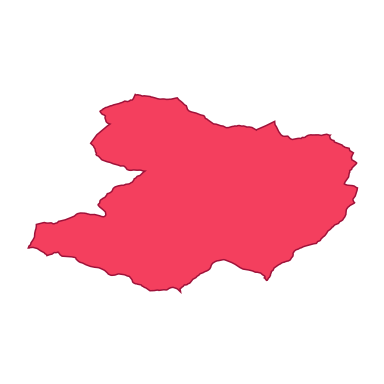 Bunesti, Brasov, Romania, rotated 178°
{"feature_id": "2599482B80312338976993", "entity_name": "Bunesti", "entity_type": "district", "adm_level": 2, "iso_a3": "ROU", "parent_name": "Romania", "parent_adm1": "Brasov", "projection": "robinson", "projection_center": [25.052, 46.093], "detail": "fine", "context": "isolated", "style": "filled", "palette": "rose", "viewbox_px": 384, "rotation_deg": 178, "n_neighbors": 0, "source": "geoboundaries", "source_scale": "gbopen_adm2", "svg_char_len": 5987}
<svg xmlns="http://www.w3.org/2000/svg" viewBox="0 0 384 384"><g transform="rotate(178 192 192)"><path d="M291.6,244.2L288.7,241.2L288.4,240.1L287.4,238.6L287.0,235.6L286.1,234.2L286.6,232.9L286.4,232.5L285.8,231.8L284.7,231.4L283.9,230.7L282.2,228.8L281.4,227.7L280.7,227.2L275.8,225.2L272.8,224.4L269.8,223.0L264.6,221.4L262.6,220.5L260.0,220.5L259.3,220.4L257.6,219.0L256.1,216.8L253.9,215.9L251.9,215.8L249.6,216.1L246.2,215.7L243.2,215.7L242.2,215.5L239.7,214.6L238.4,214.5L240.1,213.3L243.4,210.3L245.2,209.9L246.3,209.5L247.6,208.0L249.4,207.1L249.6,206.2L251.0,204.3L251.4,203.9L252.5,203.5L253.4,202.8L255.0,202.2L258.0,202.0L259.0,201.5L260.3,201.1L262.2,201.2L265.4,200.7L268.2,199.9L269.1,199.5L270.6,198.3L271.7,196.0L272.3,195.3L273.6,194.3L275.2,193.6L276.7,193.3L277.4,191.9L279.2,189.7L281.4,188.7L282.0,188.2L283.1,187.6L284.1,186.7L284.8,184.0L286.2,182.9L286.3,182.3L285.7,181.4L284.6,180.1L281.4,177.3L279.3,175.2L278.9,172.6L279.2,171.5L279.9,170.9L280.8,170.4L281.6,170.3L283.7,170.8L284.9,171.4L290.1,172.9L294.6,173.0L296.3,173.6L297.1,173.7L298.2,174.2L300.3,174.6L304.2,174.9L306.9,174.4L307.7,174.1L308.5,173.6L310.4,172.0L313.8,170.7L319.7,168.6L325.2,167.5L326.2,167.4L328.0,165.8L329.3,165.6L331.1,165.0L332.2,165.2L333.3,165.9L333.9,166.1L337.2,165.9L339.3,166.2L340.2,166.6L341.2,166.6L348.7,165.0L348.8,163.0L349.2,160.8L349.8,159.3L350.6,156.2L351.0,152.4L352.7,149.5L354.7,146.8L355.0,145.5L355.2,145.1L355.6,144.6L356.9,143.6L357.3,142.3L357.6,141.8L356.8,141.7L355.6,142.1L352.8,142.2L348.6,140.9L345.3,138.5L341.7,136.4L341.3,135.6L340.6,135.3L339.4,134.2L339.2,133.5L336.3,134.4L334.1,134.8L331.8,136.3L330.3,136.1L328.7,136.3L328.2,136.6L327.8,136.5L326.4,134.6L326.0,133.9L324.1,132.4L314.4,131.4L311.1,130.6L310.5,130.2L310.1,128.9L309.7,128.5L307.8,126.6L306.2,125.6L303.9,124.9L300.5,123.0L296.1,121.2L291.9,120.2L289.0,119.8L287.5,119.5L284.2,117.9L282.4,116.9L281.7,116.4L279.3,114.0L278.5,112.9L276.1,111.7L275.0,111.5L271.9,111.7L268.9,112.6L268.0,112.7L262.5,111.7L261.4,111.3L259.7,110.4L257.5,109.8L255.0,106.4L254.4,104.1L253.5,103.2L251.8,102.3L250.4,102.1L249.4,101.7L246.4,101.0L246.0,100.9L245.0,99.6L244.2,99.4L243.0,98.4L241.3,97.7L237.5,94.8L233.2,94.8L230.3,95.2L229.1,95.1L228.6,94.8L223.5,95.3L221.1,95.0L220.0,95.3L218.3,96.5L217.7,96.6L216.7,97.1L214.3,97.4L210.8,96.1L209.6,95.3L206.9,92.5L207.1,94.1L207.3,94.8L207.2,95.9L206.1,96.5L205.2,97.4L204.1,98.0L202.9,99.4L202.5,99.5L201.6,99.3L201.0,99.5L200.4,99.5L199.2,100.4L197.7,100.9L197.2,101.4L196.8,101.5L196.4,102.2L195.4,103.3L194.3,104.7L191.1,106.3L189.8,107.7L188.1,108.6L187.2,109.6L186.7,110.0L183.5,111.1L182.1,111.9L180.0,112.6L178.4,113.4L176.9,114.6L175.9,116.3L175.4,117.9L175.0,118.6L174.3,119.6L173.4,120.4L171.3,121.6L169.5,122.3L167.6,122.5L163.2,123.3L162.0,123.2L160.9,122.8L154.9,120.2L151.5,118.3L146.5,114.7L143.7,113.2L138.1,112.1L134.2,111.0L131.6,109.7L129.4,109.5L126.2,108.6L124.3,106.8L122.4,105.5L122.1,105.1L122.1,104.4L122.8,103.8L122.8,103.6L122.2,103.5L121.9,103.2L121.9,102.8L121.8,102.7L121.1,101.8L120.7,101.1L119.9,101.2L119.1,102.3L118.7,103.2L117.6,104.1L116.8,105.5L116.4,106.3L116.4,107.2L115.6,108.7L115.5,109.7L113.6,111.1L113.3,111.9L112.6,113.2L107.9,116.3L106.3,117.0L104.6,118.1L102.8,118.6L102.3,118.6L101.8,118.9L99.3,119.6L98.2,119.7L96.2,120.7L94.9,122.7L93.5,124.2L93.1,125.7L93.2,127.0L92.9,127.7L92.4,128.3L92.1,129.0L90.7,130.2L90.0,130.6L87.6,131.3L86.2,132.1L84.6,132.5L83.0,133.3L81.1,133.9L72.2,136.0L69.5,136.3L68.1,138.1L66.3,138.7L65.5,139.1L64.5,140.8L62.8,142.2L62.2,142.9L61.3,143.3L60.4,144.2L58.9,146.1L57.8,147.9L57.2,148.5L55.3,149.7L53.4,151.5L53.3,151.9L52.0,152.5L51.4,153.4L50.4,154.2L46.7,155.5L45.5,157.1L44.0,157.8L42.4,158.8L41.4,160.3L40.3,161.6L39.0,164.2L38.9,165.4L38.4,168.9L37.9,169.8L36.5,171.5L35.2,172.4L34.8,172.9L30.4,175.1L29.9,175.6L30.8,176.7L31.4,178.4L31.4,179.1L31.2,179.5L29.0,182.3L27.0,187.9L26.5,190.3L27.7,190.8L29.7,192.3L31.5,192.8L36.4,193.4L37.9,193.9L39.5,194.8L39.0,196.1L38.2,197.3L35.0,201.5L34.2,205.4L33.6,206.4L33.7,207.7L33.2,208.3L32.5,208.5L31.8,209.0L31.4,209.6L31.4,210.1L31.2,210.5L27.0,214.3L26.4,215.2L26.7,215.6L28.2,216.8L31.1,218.6L31.5,220.9L31.4,221.6L31.1,221.7L31.0,222.4L29.3,225.5L32.9,227.9L33.4,230.2L37.8,231.4L38.1,231.8L39.6,232.7L40.0,233.4L40.6,233.8L47.9,237.0L48.2,237.5L48.2,238.2L48.4,238.5L49.8,238.8L51.9,240.3L52.1,241.4L52.5,242.4L52.2,243.7L52.0,243.9L52.6,243.9L55.3,245.0L58.2,244.6L60.7,244.0L63.7,244.7L70.1,244.8L71.1,245.0L73.5,244.7L74.7,244.3L76.6,243.2L77.0,242.7L78.7,242.5L79.1,242.7L79.9,242.7L81.0,241.7L82.6,241.9L84.1,241.9L88.6,241.2L89.4,241.0L90.0,241.0L91.0,241.4L91.9,241.9L92.8,242.8L94.2,244.4L94.7,244.5L97.4,244.4L99.0,244.6L100.0,245.2L101.2,246.2L103.2,249.3L105.3,254.1L106.7,256.4L106.9,258.8L106.9,259.7L115.8,255.7L125.0,252.1L125.4,251.6L129.8,254.4L132.6,255.0L135.1,255.0L135.9,255.5L138.1,256.2L140.0,256.1L142.4,256.8L143.6,256.8L145.1,256.3L146.9,256.5L148.1,256.2L149.5,256.1L153.3,255.1L155.6,255.1L158.6,256.8L160.9,257.2L165.3,258.9L168.1,259.3L173.6,263.5L174.3,264.2L176.1,265.1L176.8,267.0L177.6,267.9L180.8,268.8L185.1,270.7L189.7,272.0L192.0,273.0L193.7,274.7L193.9,275.8L194.7,278.4L196.0,279.1L197.4,280.4L197.9,281.1L199.6,282.7L201.9,284.6L203.4,286.6L205.0,286.4L209.7,285.5L211.5,285.5L212.6,285.4L214.8,285.5L215.9,285.8L217.7,286.0L220.7,285.9L223.0,286.4L225.8,287.4L228.8,288.3L229.3,288.2L230.4,288.9L236.5,289.8L238.3,289.6L240.6,290.6L241.6,290.7L242.7,291.1L244.3,290.9L245.3,291.5L246.5,289.1L246.8,288.4L247.7,286.9L248.8,285.9L250.4,286.0L251.1,285.3L253.1,284.6L256.0,285.2L258.8,283.9L260.8,283.4L261.6,283.0L267.4,281.8L269.4,281.0L269.7,281.1L270.6,280.9L274.1,279.6L275.5,279.4L277.1,278.4L277.8,278.3L278.3,277.6L281.0,276.0L281.1,275.6L279.4,273.2L278.1,272.4L276.9,271.9L275.9,270.9L276.4,269.1L275.6,266.5L275.4,265.4L274.7,264.5L273.8,263.7L271.5,262.8L274.6,260.7L285.1,252.5L291.6,244.2Z" fill="#f43f5e" stroke="#9f1239" stroke-width="1.5"/></g></svg>